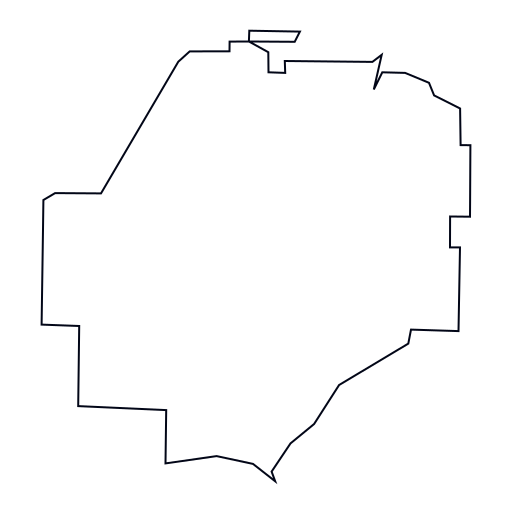 outline of Macon, Georgia, United States of America
{"feature_id": "52423323B39498554570505", "entity_name": "Macon", "entity_type": "district", "adm_level": 2, "iso_a3": "USA", "parent_name": "United States of America", "parent_adm1": "Georgia", "projection": "natural_earth1", "projection_center": [-84.01, 32.351], "detail": "fine", "context": "isolated", "style": "outline", "palette": "ink", "viewbox_px": 512, "rotation_deg": 0, "n_neighbors": 0, "source": "geoboundaries", "source_scale": "gbopen_adm2", "svg_char_len": 701}
<svg xmlns="http://www.w3.org/2000/svg" viewBox="0 0 512 512"><path d="M460.1,108.5L434.1,95.4L429.0,82.8L405.1,72.9L382.3,72.3L373.8,89.5L381.7,54.8L372.4,61.9L284.8,61.0L285.2,72.9L268.5,72.3L268.3,52.2L248.9,41.5L229.6,41.6L229.5,51.3L189.7,51.4L178.3,61.7L101.0,193.4L55.1,193.1L43.4,200.0L43.0,229.5L41.6,324.6L79.2,326.0L78.2,406.1L117.6,407.9L166.2,410.1L165.5,463.4L216.6,456.1L253.0,463.9L275.2,481.3L271.6,471.6L290.5,443.4L314.1,424.0L339.1,385.0L408.3,343.6L411.0,329.6L458.5,331.1L460.0,247.4L450.0,247.4L450.1,216.5L470.0,216.7L470.1,202.0L470.4,145.2L460.6,145.1L460.1,108.5ZM299.9,31.6L249.3,30.7L248.9,41.5L294.7,41.8L299.9,31.6Z" fill="none" stroke="#020617" stroke-width="2"/></svg>